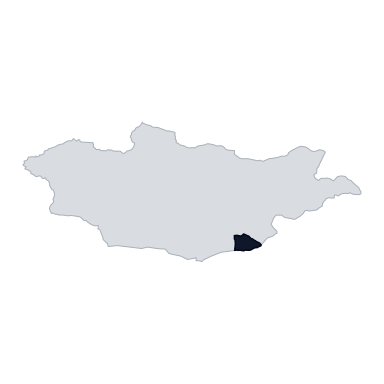 Xatanbulag, Dornogovi, Mongolia shown in context
{"feature_id": "93677404B73496308227774", "entity_name": "Xatanbulag", "entity_type": "district", "adm_level": 2, "iso_a3": "MNG", "parent_name": "Mongolia", "parent_adm1": "Dornogovi", "projection": "robinson", "projection_center": [109.203, 43.024], "detail": "fine", "context": "in_parent", "style": "filled", "palette": "ink", "viewbox_px": 384, "rotation_deg": 0, "n_neighbors": 0, "source": "geoboundaries", "source_scale": "gbopen_adm2", "svg_char_len": 4848}
<svg xmlns="http://www.w3.org/2000/svg" viewBox="0 0 384 384"><path d="M24.2,160.9L25.5,160.9L27.5,159.7L27.9,158.0L28.6,157.1L33.2,156.7L35.2,157.2L35.7,156.1L36.0,156.0L37.1,156.8L38.2,156.5L39.0,156.1L39.7,154.8L41.3,155.0L44.1,153.6L44.3,151.2L45.4,150.6L47.8,150.1L48.3,149.0L48.8,148.7L50.6,148.4L53.8,147.1L55.2,147.0L56.4,145.9L59.3,144.5L63.5,143.8L63.9,143.1L67.8,140.9L71.8,140.8L73.1,138.9L73.7,138.7L76.3,141.0L77.5,140.7L78.0,139.8L79.6,139.8L80.2,141.4L81.1,142.0L92.9,142.7L93.2,143.2L93.6,147.0L95.6,148.7L96.1,149.6L99.4,149.3L101.1,150.7L104.0,150.6L105.4,151.0L108.2,149.7L108.9,149.7L109.7,150.4L111.1,149.9L113.6,151.2L115.6,150.9L116.5,151.5L117.7,151.0L120.6,151.4L122.8,153.4L124.3,153.3L126.3,151.9L126.9,151.0L129.6,150.6L131.2,149.7L132.3,148.9L134.1,146.0L134.6,143.0L133.2,142.5L132.1,141.5L131.5,139.9L131.5,138.8L130.3,137.1L130.4,136.2L131.3,134.8L131.8,132.4L132.9,131.1L134.8,130.4L135.0,129.4L136.3,127.6L139.3,126.5L141.1,124.5L142.2,122.4L143.6,123.5L147.3,124.9L150.4,125.6L152.4,127.1L158.0,127.5L167.2,131.0L169.2,130.9L174.6,132.3L175.1,132.8L174.9,135.5L175.3,136.3L175.4,139.1L176.4,140.6L176.0,142.3L176.5,142.8L177.9,143.1L180.0,144.9L184.9,146.1L186.4,147.3L189.8,148.1L191.5,147.6L194.4,147.9L195.4,147.7L197.3,146.3L198.5,145.9L205.0,144.8L206.8,143.9L208.0,143.7L213.1,144.6L216.6,145.9L221.7,145.8L224.1,147.3L225.1,148.7L227.1,150.0L234.2,150.6L234.5,150.9L234.4,154.0L234.7,154.5L239.2,157.8L241.4,158.8L247.9,158.7L258.0,160.8L260.3,160.2L262.5,161.3L263.3,161.2L269.8,158.4L270.8,158.6L277.5,157.5L281.8,156.1L285.1,156.2L287.7,154.9L288.7,152.6L292.9,149.8L300.3,146.3L305.0,146.8L307.7,148.1L310.6,150.5L312.2,151.2L315.3,151.4L319.5,149.7L321.8,150.2L323.9,150.9L325.3,152.2L319.0,165.2L319.0,166.0L316.9,168.7L316.7,173.0L314.0,174.6L314.4,177.0L315.1,178.0L318.1,180.4L319.1,180.1L319.9,179.1L321.6,178.2L324.5,178.4L327.1,178.0L330.4,178.9L333.5,180.9L337.7,176.5L341.6,175.9L345.3,176.5L348.2,179.5L351.7,180.9L352.6,182.6L354.0,183.3L354.5,184.1L358.7,187.5L359.6,189.8L360.9,191.4L361.0,193.1L360.7,193.9L359.0,194.7L353.2,194.3L349.8,192.7L348.5,193.6L344.1,193.3L341.6,193.9L340.0,194.6L339.0,195.6L338.2,195.9L337.5,195.8L336.1,195.0L335.0,195.0L334.6,195.2L334.0,198.0L330.2,198.0L328.9,197.6L325.8,198.9L325.4,200.0L323.7,201.5L322.3,204.2L322.6,205.4L322.2,206.2L319.4,207.7L316.8,209.9L311.3,210.8L308.7,211.0L306.8,210.4L304.9,210.8L303.4,213.3L299.9,216.4L294.6,219.4L285.1,217.5L284.0,217.1L281.9,215.2L276.4,215.1L274.9,216.4L273.5,218.3L271.2,224.4L273.4,227.9L276.0,230.2L277.0,231.8L277.0,233.2L275.3,233.9L272.9,236.1L267.1,238.2L260.5,245.8L249.0,250.3L241.9,250.6L236.3,250.2L221.0,252.3L211.2,256.2L203.8,259.7L202.2,261.3L201.4,261.6L200.1,260.9L196.1,260.7L196.2,257.8L187.6,259.5L180.7,256.1L170.8,254.0L168.8,253.3L165.5,249.4L163.7,248.9L159.3,248.8L147.4,247.1L141.7,248.5L117.3,245.6L108.3,246.5L108.0,246.1L107.5,243.7L103.6,240.0L103.0,239.1L102.9,237.6L100.0,230.0L97.9,228.8L98.4,225.6L95.1,225.9L91.6,224.7L88.0,222.4L86.3,220.7L83.7,220.3L80.7,217.3L79.3,216.7L71.5,215.5L67.6,215.8L63.4,215.1L58.7,215.0L57.2,214.3L55.8,214.4L53.1,213.1L51.3,213.4L49.4,209.0L50.1,206.3L51.2,204.7L53.6,202.3L53.7,201.4L53.0,199.2L54.6,195.3L54.3,192.8L53.4,190.1L51.8,189.5L49.8,185.8L49.3,182.9L48.5,180.9L46.3,179.7L45.6,177.9L44.9,177.8L44.4,178.4L42.9,178.6L41.6,177.5L40.9,176.3L40.1,175.9L38.5,176.0L37.0,176.6L35.5,176.3L34.2,175.1L30.8,173.4L30.9,172.1L30.4,171.2L29.4,171.0L28.4,170.1L25.0,169.0L25.0,168.3L26.1,167.0L23.8,165.8L23.0,164.7L24.6,163.1L24.1,162.0L24.2,160.9Z" fill="#d9dde1" stroke="#a8b0b8" stroke-width="1"/><path d="M234.4,235.6L234.4,238.9L235.1,240.1L235.2,241.4L235.2,242.0L235.3,242.8L235.4,244.1L235.2,245.0L235.2,246.5L234.8,248.4L234.9,249.2L234.7,250.3L235.4,250.3L235.9,250.2L236.5,250.1L237.1,249.9L237.7,250.3L238.4,250.3L238.9,250.2L239.3,250.2L240.2,250.2L240.3,250.2L241.3,250.4L242.0,250.6L242.6,250.6L243.0,250.6L243.5,250.7L243.6,250.8L244.1,250.6L244.7,250.3L245.1,250.2L245.3,250.1L245.5,250.1L245.8,250.0L246.1,250.1L246.5,250.1L246.9,250.2L247.4,250.2L247.8,250.2L248.1,250.3L248.4,250.3L248.6,250.3L248.7,250.2L248.8,250.2L249.1,250.2L249.4,250.2L249.8,250.1L250.1,250.1L250.5,250.0L250.7,249.9L251.1,249.8L251.4,249.7L251.6,249.5L252.1,249.2L252.7,248.7L253.5,248.4L254.2,248.0L254.3,248.0L254.7,247.8L255.1,247.7L256.0,247.6L256.3,247.6L256.8,247.6L257.1,247.6L257.3,247.6L257.6,247.2L257.9,247.1L258.3,246.9L258.8,246.7L259.5,246.4L259.8,246.3L260.4,246.0L260.5,245.9L260.9,245.7L261.2,245.0L259.8,243.2L257.7,242.1L256.3,241.6L255.8,241.0L253.6,239.8L252.5,238.9L250.9,238.5L250.5,238.1L250.2,237.7L248.7,236.1L246.9,235.5L246.7,235.5L246.6,235.3L245.4,234.7L245.1,234.6L243.7,234.0L241.1,236.2L239.6,235.8L238.5,235.7L237.1,235.3L236.1,235.4L234.4,235.6Z" fill="#0f172a" stroke="#020617" stroke-width="1.5"/></svg>